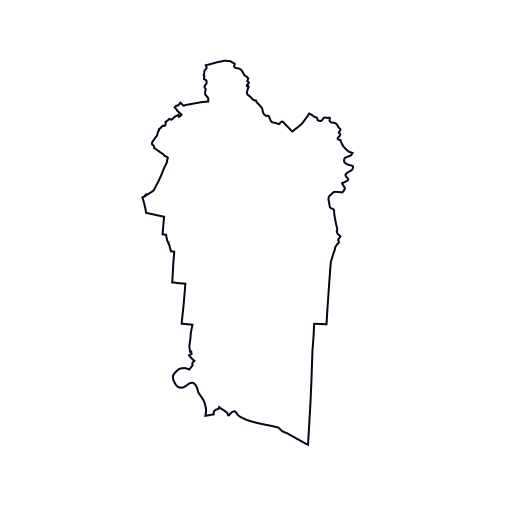 outline of Ben Luc, Long An, Vietnam, rotated 223°
{"feature_id": "81297802B50864428315087", "entity_name": "Ben Luc", "entity_type": "district", "adm_level": 2, "iso_a3": "VNM", "parent_name": "Vietnam", "parent_adm1": "Long An", "projection": "orthographic", "projection_center": [106.476, 10.694], "detail": "fine", "context": "isolated", "style": "outline", "palette": "ink", "viewbox_px": 512, "rotation_deg": 223, "n_neighbors": 0, "source": "geoboundaries", "source_scale": "gbopen_adm2", "svg_char_len": 6152}
<svg xmlns="http://www.w3.org/2000/svg" viewBox="0 0 512 512"><g transform="rotate(223 256 256)"><path d="M297.5,181.0L295.1,182.5L288.8,187.6L280.8,177.5L276.3,171.8L266.4,158.6L264.2,155.8L255.6,162.4L251.3,155.4L247.4,150.5L243.2,144.5L238.9,141.0L238.2,141.9L236.3,140.4L237.3,137.7L235.9,137.4L231.7,137.2L229.5,137.3L229.7,134.8L229.5,134.2L227.9,132.8L227.7,131.6L227.4,127.5L230.4,126.2L231.5,125.6L232.6,124.5L234.5,122.2L235.4,120.2L235.6,116.9L235.7,115.7L235.5,114.0L235.2,112.3L234.8,111.5L234.2,110.8L233.0,109.8L231.0,108.5L227.7,107.4L225.9,107.0L224.2,107.0L223.1,107.3L221.7,108.0L220.3,109.2L219.4,110.7L218.6,113.2L218.2,115.9L217.8,117.3L217.2,118.6L216.0,120.0L215.5,120.3L214.6,120.5L213.0,120.5L211.8,120.3L209.2,119.3L205.7,117.2L204.3,116.6L199.5,115.6L195.9,114.7L193.1,113.3L189.1,110.7L186.9,108.8L184.0,104.6L182.5,106.6L181.4,107.9L180.3,109.7L179.1,110.8L179.0,111.0L179.0,111.5L180.4,113.0L180.7,113.4L180.8,113.9L180.7,115.3L180.6,116.1L180.4,116.6L179.8,117.5L179.2,118.5L179.3,119.0L179.7,119.7L179.9,120.4L176.9,120.6L175.8,120.9L173.4,121.4L170.7,121.6L169.8,121.6L169.2,121.3L168.4,120.7L167.8,120.5L167.6,120.5L167.2,120.9L167.1,121.4L167.2,122.3L167.3,123.7L167.2,124.9L167.0,125.7L166.3,127.2L165.8,127.7L165.5,128.0L164.8,128.1L161.3,127.4L160.3,127.3L158.4,127.5L155.7,128.2L150.9,129.8L144.9,132.7L137.8,136.7L129.1,142.1L122.6,145.8L117.3,145.7L112.5,147.5L91.0,152.8L89.2,153.4L116.4,186.2L129.2,201.2L150.2,225.3L159.1,236.5L167.2,246.0L164.9,248.2L157.9,254.1L160.1,256.9L165.3,263.1L176.5,276.9L185.6,288.1L188.5,291.8L191.6,295.5L197.3,302.8L198.5,305.4L200.4,309.2L202.0,312.6L202.5,314.2L203.4,315.2L203.9,316.3L204.2,317.2L204.5,319.0L204.7,320.4L204.4,321.6L204.5,322.1L204.8,322.5L205.8,323.4L206.8,323.8L207.1,324.3L207.5,327.0L207.7,327.9L208.6,328.0L209.9,327.9L211.4,327.9L212.6,328.4L213.7,329.0L214.4,330.6L215.7,331.7L218.6,333.5L226.6,339.4L230.3,342.8L231.3,343.0L231.6,342.9L233.1,342.3L234.2,342.0L235.1,342.0L239.7,345.4L241.9,347.1L243.0,348.7L243.1,349.5L243.2,350.9L243.2,351.7L242.8,355.5L242.4,356.3L240.8,357.9L239.5,358.9L236.2,361.4L236.2,361.9L236.3,363.3L236.6,365.2L237.1,366.0L237.6,366.4L238.1,366.6L242.2,367.6L242.7,367.9L242.7,368.2L242.6,368.7L241.9,369.6L240.5,373.4L240.4,374.1L240.5,374.5L240.9,374.9L241.6,375.2L243.8,375.5L245.2,375.9L245.8,376.2L246.1,376.6L246.1,378.8L245.7,380.6L244.6,383.8L244.6,385.1L244.8,385.8L245.4,387.0L245.9,387.4L246.7,387.8L249.1,386.6L251.4,385.4L253.6,384.9L255.1,384.9L255.8,385.1L256.4,385.5L257.3,386.7L257.7,387.7L257.8,388.6L257.0,390.6L255.4,393.7L255.2,395.0L255.7,397.2L259.5,395.5L261.9,395.5L264.6,395.5L266.5,395.7L268.7,396.3L270.9,397.1L273.5,398.4L274.6,397.6L275.3,397.4L276.4,397.4L276.7,397.9L276.7,399.3L276.7,401.0L276.9,401.9L277.1,402.3L277.7,402.6L279.4,402.6L279.8,402.9L280.1,405.5L280.4,406.1L281.0,406.4L282.5,406.3L284.0,406.5L286.5,407.4L288.0,407.3L289.8,406.7L291.7,405.2L292.3,404.9L293.5,404.9L294.3,405.0L294.9,405.5L295.5,406.5L295.7,407.1L296.1,407.3L297.1,407.0L297.7,405.9L299.9,404.4L300.5,403.7L300.6,403.4L300.4,400.9L300.4,399.8L300.6,399.0L301.3,398.3L302.8,397.5L303.8,397.4L304.6,398.2L305.3,398.5L306.2,398.6L306.8,398.2L308.1,397.6L311.8,397.2L314.3,396.4L313.9,394.8L313.0,387.8L312.7,384.3L313.3,378.1L313.9,375.3L314.3,372.0L314.5,371.7L317.9,372.0L325.4,372.3L327.0,372.5L328.1,372.5L328.5,372.2L328.8,371.9L328.9,371.5L329.2,369.9L329.0,369.1L329.0,368.3L329.6,367.9L332.7,366.5L335.2,364.9L336.2,364.7L337.2,364.9L339.0,365.6L341.6,366.9L342.8,366.9L343.2,366.5L344.0,365.5L344.2,365.3L346.1,365.2L347.6,365.3L348.4,365.6L350.2,366.7L351.0,367.4L352.7,368.3L354.7,368.6L359.8,368.9L360.7,369.0L361.9,369.8L362.3,369.6L363.1,368.9L363.8,368.5L364.4,368.3L369.4,368.6L371.1,368.3L372.6,368.3L373.3,368.6L374.1,369.4L375.0,370.8L376.0,372.7L376.6,374.6L377.0,375.0L377.3,375.0L378.3,374.0L378.6,374.0L378.9,374.2L379.1,374.6L379.2,375.2L379.1,377.4L379.3,377.8L379.6,378.0L380.4,378.0L381.0,377.9L381.6,377.9L382.7,380.5L383.0,380.6L384.0,380.8L384.7,380.8L387.6,380.4L388.5,380.5L392.3,381.8L393.4,381.9L395.1,381.9L396.3,381.5L397.6,380.7L398.8,379.9L399.8,379.4L400.5,379.4L401.1,379.6L401.6,380.0L402.4,381.9L402.7,382.1L403.0,382.1L405.3,381.4L407.5,381.0L408.2,380.6L412.2,377.3L413.6,375.3L416.2,371.8L421.4,363.3L422.8,361.3L420.7,360.2L420.3,359.5L420.2,359.3L420.2,357.6L420.0,356.3L419.6,355.6L418.7,354.6L417.8,353.4L417.6,352.5L416.5,352.2L415.9,351.6L414.8,349.9L414.3,349.9L412.6,350.5L412.0,350.5L410.7,349.5L410.0,348.6L409.8,348.1L409.5,345.5L409.4,345.0L409.0,344.5L408.2,344.1L406.9,343.9L406.2,343.4L405.7,342.3L404.7,340.7L403.2,339.5L401.3,339.2L399.5,339.1L398.9,338.9L397.8,338.1L396.3,336.4L401.0,331.1L410.6,318.2L411.1,316.9L411.4,316.6L411.7,316.4L413.4,316.6L415.9,316.6L415.6,314.6L415.8,313.2L416.1,312.3L416.5,311.8L416.9,311.5L416.8,309.3L414.6,309.0L412.3,308.5L410.6,308.5L406.8,308.6L406.8,306.5L407.3,305.3L408.4,306.2L409.1,306.3L409.7,304.0L410.2,303.2L410.4,302.7L410.3,301.8L410.5,301.0L410.5,299.8L410.7,298.4L410.9,297.9L411.3,297.7L412.4,297.4L413.0,297.0L413.0,295.2L413.2,293.7L413.6,292.7L413.6,292.3L413.5,292.1L412.8,291.9L412.5,291.7L412.0,290.4L411.5,289.8L411.4,289.5L411.6,288.9L411.9,288.6L412.6,288.2L413.1,287.5L413.2,285.7L413.0,284.1L413.5,283.3L413.6,282.8L413.5,282.5L412.7,282.1L412.5,281.6L412.5,280.6L412.3,279.8L411.3,278.0L410.5,276.4L410.4,275.8L410.4,274.0L410.2,272.7L409.9,271.0L409.8,270.1L409.4,268.2L408.7,267.2L408.3,266.9L407.6,266.7L406.9,266.7L406.2,266.9L405.7,266.8L404.9,266.3L404.3,265.5L402.3,265.9L400.4,266.0L398.6,266.4L397.0,266.5L393.1,267.2L392.2,267.1L391.4,266.9L391.0,266.9L389.1,267.6L388.3,267.8L387.7,267.8L387.4,267.7L386.7,266.2L386.0,264.9L385.2,264.3L383.3,257.9L380.2,249.9L377.9,242.9L377.2,239.8L376.3,236.9L375.7,234.5L375.7,233.7L375.8,232.7L377.7,225.4L378.4,225.8L378.4,224.8L377.9,224.0L379.1,221.4L374.0,218.4L369.6,215.5L365.8,212.6L350.0,222.0L339.1,208.1L336.2,210.2L334.7,208.9L333.8,208.4L330.9,206.4L329.5,206.3L328.9,205.6L327.6,205.3L321.4,201.4L318.7,203.4L311.6,194.4L300.0,180.5L299.3,179.5L297.5,181.0Z" fill="none" stroke="#020617" stroke-width="2"/></g></svg>